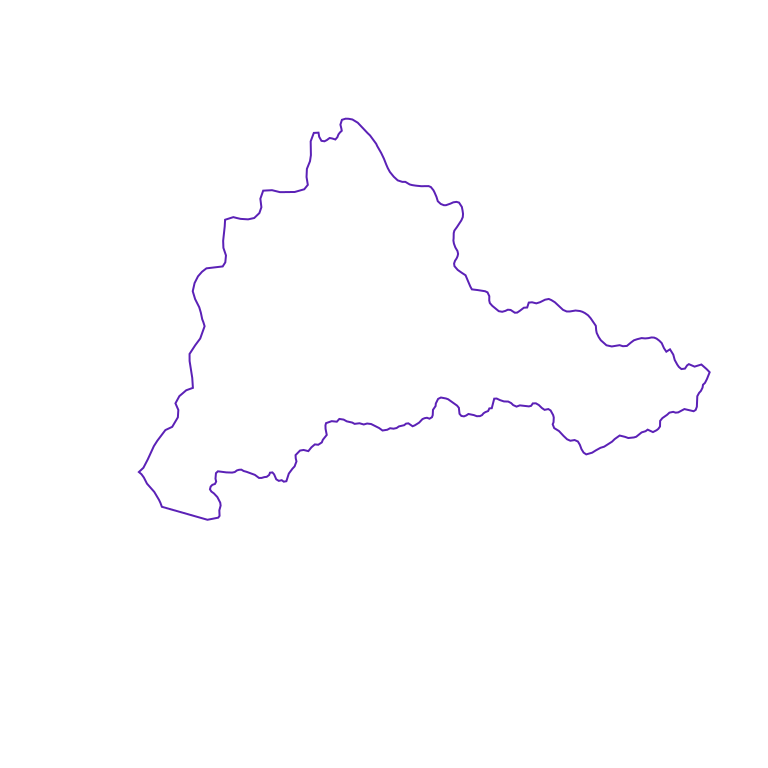 outline of Terra Santa, Pará, Brazil, rotated 137°
{"feature_id": "56859067B55626179561837", "entity_name": "Terra Santa", "entity_type": "district", "adm_level": 2, "iso_a3": "BRA", "parent_name": "Brazil", "parent_adm1": "Pará", "projection": "robinson", "projection_center": [-56.49, -1.905], "detail": "fine", "context": "isolated", "style": "outline", "palette": "violet", "viewbox_px": 768, "rotation_deg": 137, "n_neighbors": 0, "source": "geoboundaries", "source_scale": "gbopen_adm2", "svg_char_len": 4870}
<svg xmlns="http://www.w3.org/2000/svg" viewBox="0 0 768 768"><g transform="rotate(137 384 384)"><path d="M623.3,486.8L622.9,483.4L623.4,479.4L625.3,472.8L625.6,461.8L627.6,452.6L628.6,449.5L630.2,445.7L605.7,405.1L596.4,399.3L594.2,399.7L590.6,403.9L586.4,406.5L584.7,408.9L583.0,414.9L583.0,420.0L583.6,423.1L583.1,425.7L580.7,427.2L578.3,427.3L575.8,426.2L573.3,427.1L571.8,429.7L567.7,433.4L565.0,433.4L559.6,426.9L555.5,422.8L553.2,421.4L550.5,421.1L548.5,420.1L546.7,418.6L546.0,416.1L544.4,413.5L540.4,405.6L539.5,400.6L537.6,398.8L535.0,397.5L533.1,396.1L530.0,395.8L527.9,396.9L525.9,395.4L526.0,392.8L527.8,387.8L527.0,384.9L524.4,383.4L523.9,380.9L521.7,379.5L514.7,383.4L508.7,384.5L505.6,384.7L500.8,387.1L499.2,389.9L497.2,392.3L490.8,392.6L487.8,390.6L485.1,386.5L480.3,387.2L475.8,387.0L473.5,384.4L469.3,383.7L466.8,384.9L460.6,385.8L457.3,391.1L455.0,393.7L453.1,394.9L447.6,392.5L444.2,388.6L440.5,388.9L437.8,385.5L436.7,382.1L433.5,377.4L432.7,374.9L428.7,372.0L426.4,368.2L423.3,366.6L420.7,363.5L417.6,355.1L416.8,351.0L412.8,348.3L409.7,347.5L407.5,344.8L404.8,343.2L402.0,342.8L397.3,340.1L395.0,340.0L393.0,338.6L391.9,333.6L389.8,332.8L384.7,331.8L379.8,332.1L377.6,331.3L375.6,330.0L374.4,327.6L371.6,327.0L369.6,328.0L365.8,331.7L361.3,332.7L359.4,334.4L354.6,336.2L351.6,335.3L348.6,331.2L347.5,329.1L345.3,318.4L345.5,315.5L349.1,310.7L349.2,307.9L347.6,305.8L345.3,304.9L342.7,304.5L339.5,300.0L338.1,297.2L335.8,295.1L333.5,294.4L331.2,294.7L329.0,294.3L326.3,293.2L323.6,294.3L321.7,292.8L313.4,298.1L311.5,296.5L310.2,293.2L308.2,289.5L305.1,286.4L304.0,283.2L303.9,280.5L302.5,277.1L299.2,275.7L293.3,268.8L291.3,267.7L288.4,268.3L286.1,266.3L285.1,263.0L284.9,258.8L284.2,255.6L280.9,253.6L280.2,251.0L281.5,245.9L282.7,243.7L286.1,240.4L288.1,239.5L289.6,235.7L288.1,230.2L288.1,223.6L287.8,218.7L286.4,215.4L282.8,213.0L281.4,209.7L282.2,206.0L284.0,201.7L284.8,197.7L284.1,194.6L278.6,191.8L274.4,191.0L269.2,189.7L265.7,188.0L256.5,186.3L252.9,186.4L246.8,185.6L243.8,181.0L242.2,177.9L237.7,174.5L235.5,173.4L228.6,172.9L224.9,171.1L222.3,170.8L220.1,165.4L216.2,164.3L214.0,164.1L211.1,164.7L207.2,168.7L203.7,169.2L197.9,168.4L194.8,168.4L191.5,166.4L190.3,164.2L188.2,162.6L181.4,160.8L176.1,152.9L173.7,152.5L170.7,154.0L163.2,161.4L159.6,162.6L157.0,162.8L153.5,164.1L151.2,165.9L148.5,165.9L144.4,167.4L137.8,170.5L137.9,174.9L138.6,181.8L145.0,184.9L147.5,190.6L149.6,190.9L153.4,190.0L156.3,192.1L156.7,195.4L156.3,198.2L155.0,203.3L152.4,208.2L151.2,214.3L155.5,215.1L154.8,219.3L153.0,224.5L153.1,227.9L153.7,231.3L154.8,233.7L156.6,235.6L159.3,237.2L161.9,239.2L164.3,241.9L168.3,244.1L171.4,245.5L174.9,245.9L180.4,246.2L183.5,248.7L185.2,251.7L191.8,256.1L194.9,260.6L195.6,268.1L195.0,271.8L193.6,276.3L192.1,278.7L189.4,282.1L188.0,291.3L187.9,295.1L188.7,298.9L189.7,301.6L190.9,303.7L193.8,307.1L198.6,310.3L200.9,312.4L202.5,316.1L203.3,327.3L204.4,331.3L205.5,333.8L208.7,335.8L214.1,337.4L217.6,339.1L220.0,342.8L222.6,344.8L227.1,342.3L229.7,344.4L234.8,344.9L237.9,345.4L239.7,346.9L240.9,351.8L242.8,353.9L245.4,354.7L248.3,356.2L250.4,359.0L251.1,364.3L251.5,367.3L251.4,371.0L250.1,373.3L247.1,376.4L245.8,380.4L246.8,382.9L251.5,388.9L255.2,393.3L254.4,396.4L251.9,403.3L250.2,407.9L251.3,412.4L252.3,417.2L252.1,422.1L250.6,424.3L248.0,425.7L245.4,426.3L243.2,427.2L241.1,428.6L239.6,431.1L238.7,435.2L237.1,439.0L235.4,441.6L233.7,443.1L230.1,446.8L227.9,448.2L223.7,449.0L215.9,450.9L212.6,452.3L210.2,454.5L208.3,457.2L206.3,460.4L205.4,465.5L206.8,467.8L209.4,469.6L212.4,470.6L216.7,472.5L218.3,474.0L219.7,477.0L220.0,481.0L218.0,485.1L216.4,489.6L215.7,492.0L215.4,496.1L216.4,498.3L221.9,503.3L225.4,507.3L227.7,510.2L229.1,512.4L230.5,517.2L232.8,519.4L235.1,523.6L235.5,528.9L235.1,535.0L234.0,539.3L232.8,542.7L230.4,548.8L228.5,554.9L226.7,562.6L225.9,565.0L224.7,575.3L224.9,578.7L225.0,593.0L226.7,599.0L229.0,602.1L231.1,604.2L234.6,605.9L239.0,603.4L240.9,600.0L242.2,598.0L244.7,598.0L247.1,597.6L249.8,596.3L252.8,596.0L254.5,599.0L256.0,601.0L259.5,601.4L262.0,602.1L263.9,604.5L262.8,609.0L260.5,612.5L264.1,615.5L272.1,611.5L281.4,601.2L286.2,597.4L293.7,593.9L299.5,588.2L303.9,581.6L309.5,580.8L318.3,585.3L329.2,595.2L333.7,602.1L340.5,607.8L345.8,605.0L348.1,603.8L353.1,596.9L358.6,594.0L365.7,593.9L371.1,597.1L376.3,602.6L378.6,606.0L380.4,608.8L388.2,612.5L393.0,607.9L404.0,598.4L408.6,593.1L411.9,585.8L417.1,581.2L421.8,580.0L435.0,589.7L440.6,590.2L446.6,589.6L453.7,587.0L457.5,584.4L460.6,582.3L464.2,575.0L465.9,569.2L466.8,566.1L469.3,561.1L472.8,555.3L473.9,552.5L475.8,548.6L487.4,542.6L495.6,541.1L505.7,538.6L510.5,533.4L520.1,519.2L526.4,511.5L532.9,514.3L537.9,514.5L541.9,514.7L549.7,512.1L552.1,505.3L557.5,500.2L568.1,497.1L575.3,499.4L588.5,497.1L594.7,495.5L608.1,490.0L617.1,486.8L623.3,486.8Z" fill="none" stroke="#5b21b6" stroke-width="2"/></g></svg>